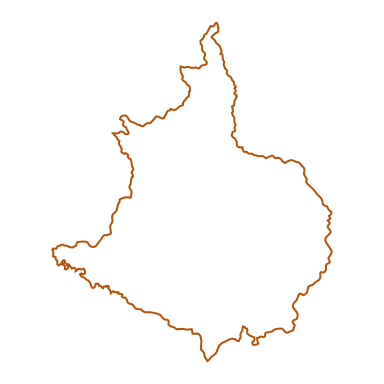 outline of Presidente Olegário, Minas Gerais, Brazil
{"feature_id": "56859067B97776867728690", "entity_name": "Presidente Olegário", "entity_type": "district", "adm_level": 2, "iso_a3": "BRA", "parent_name": "Brazil", "parent_adm1": "Minas Gerais", "projection": "albers", "projection_center": [-46.371, -18.162], "detail": "fine", "context": "isolated", "style": "outline", "palette": "amber", "viewbox_px": 384, "rotation_deg": 0, "n_neighbors": 0, "source": "geoboundaries", "source_scale": "gbopen_adm2", "svg_char_len": 5957}
<svg xmlns="http://www.w3.org/2000/svg" viewBox="0 0 384 384"><path d="M210.6,26.0L206.5,33.6L204.2,35.0L204.1,36.3L202.6,39.0L200.4,41.0L200.7,44.1L201.7,45.1L202.2,46.6L201.9,48.3L202.6,51.1L204.6,52.7L205.1,54.1L204.9,55.7L204.1,57.5L204.2,59.0L206.7,62.1L206.7,63.9L205.2,64.7L201.2,65.8L199.4,68.3L197.4,68.2L196.3,67.5L191.8,68.0L189.2,67.1L186.4,66.9L185.2,67.5L184.0,67.4L180.7,66.5L180.4,68.0L180.7,72.4L181.9,73.8L181.9,75.2L183.0,76.4L182.2,78.9L183.1,80.5L185.5,82.2L187.2,84.8L189.1,85.7L189.9,87.7L189.9,91.3L189.0,91.9L189.2,93.3L188.6,96.5L186.2,98.1L185.9,99.4L184.2,100.8L182.9,103.3L183.0,105.0L179.6,106.4L175.6,109.8L173.1,109.9L170.6,108.9L170.1,110.3L168.8,110.5L167.4,111.3L165.3,115.6L164.3,116.8L163.9,118.2L162.7,118.6L157.5,116.5L155.8,116.6L154.4,118.9L151.0,122.3L149.5,123.3L148.0,123.1L146.4,123.6L143.5,126.1L141.5,126.1L139.9,125.2L136.9,124.4L135.7,123.4L129.9,121.1L127.0,116.5L125.6,115.5L122.5,115.7L121.2,116.6L120.3,118.1L120.1,119.3L123.3,120.9L123.8,122.3L122.9,124.5L123.4,125.8L126.3,127.5L126.6,129.2L128.7,132.7L128.2,133.9L126.7,134.3L125.2,134.0L123.3,132.2L121.7,131.5L120.1,131.8L119.0,132.8L117.8,133.3L113.0,133.3L116.4,137.1L118.2,140.2L119.4,140.8L118.9,143.5L119.4,145.1L120.4,145.9L120.7,147.2L121.8,148.8L121.3,150.8L121.8,152.7L124.4,153.8L125.2,153.1L126.4,153.5L128.2,155.3L127.9,157.0L128.7,158.4L130.3,158.8L131.2,160.7L132.1,166.6L133.0,167.8L133.2,169.3L133.0,170.4L132.1,171.3L131.6,172.7L132.5,174.3L133.1,176.5L131.9,177.0L130.7,182.0L130.7,183.8L129.4,186.7L129.5,188.0L131.2,190.4L131.6,191.8L130.8,197.5L125.7,197.3L121.8,198.4L119.5,199.7L119.7,201.0L119.5,202.1L118.2,203.7L116.7,210.0L115.9,211.5L113.1,214.1L112.4,215.5L112.1,217.0L112.5,221.8L110.3,225.5L110.3,228.2L111.0,232.8L110.5,233.8L107.5,235.1L104.6,235.1L103.2,235.9L101.5,238.7L97.0,244.5L95.9,245.9L94.7,246.7L92.5,247.0L90.9,246.5L89.6,245.5L87.2,242.2L85.8,241.7L83.5,241.5L77.5,242.0L76.6,243.3L76.2,245.5L72.6,247.5L69.0,247.1L68.2,246.2L66.9,245.7L65.5,245.8L62.2,244.6L61.0,244.9L59.9,245.9L58.5,245.9L57.4,246.4L56.9,247.8L56.1,248.6L53.0,248.6L52.3,249.7L53.3,251.1L53.1,256.5L55.4,256.9L55.9,259.4L57.2,260.8L57.4,264.4L58.6,265.5L61.4,263.2L62.8,260.6L64.1,260.2L65.2,261.6L64.9,262.8L63.4,263.4L62.3,264.5L64.5,265.3L64.9,266.4L64.8,269.2L65.9,269.3L67.2,268.8L68.1,268.0L68.3,266.1L67.1,265.5L66.9,264.0L68.6,264.3L72.0,268.6L73.6,267.6L75.0,268.2L75.9,269.1L75.6,271.1L77.0,270.3L78.0,269.0L79.6,268.9L81.0,269.4L83.6,268.7L85.0,271.2L85.0,273.0L83.8,274.1L82.5,274.3L81.4,273.4L80.0,274.1L80.5,275.5L81.6,276.5L84.7,278.0L87.0,280.1L88.2,280.4L89.9,282.4L91.6,287.0L92.7,287.9L94.2,287.5L95.1,286.3L95.7,284.0L97.4,283.5L98.8,284.3L98.8,285.6L101.2,286.3L101.9,287.5L103.1,288.2L103.8,286.6L105.0,286.3L106.3,286.9L106.7,285.9L108.2,286.0L108.8,287.0L108.3,288.5L109.9,290.0L110.9,293.2L111.9,291.9L113.5,291.2L114.5,292.2L118.4,292.3L118.3,293.7L121.3,293.9L122.5,294.7L121.8,296.3L122.8,297.4L125.7,297.8L126.6,299.3L127.6,302.4L128.7,303.3L132.7,304.6L135.4,308.4L137.8,309.1L140.8,309.3L143.1,311.3L144.8,312.2L150.6,312.3L156.3,313.4L160.1,314.8L162.7,318.0L163.9,319.0L165.0,319.6L167.5,319.8L168.3,320.7L168.7,321.9L168.5,324.4L169.4,325.5L170.6,326.3L174.2,327.4L176.7,329.3L182.1,328.9L187.0,329.6L191.7,329.2L192.6,333.7L198.1,333.7L199.2,334.4L200.4,335.9L201.4,340.9L200.9,349.5L203.0,351.5L204.0,352.9L204.7,356.5L207.3,361.0L208.8,360.0L211.3,357.0L215.4,353.9L217.0,351.3L217.2,350.1L219.5,345.2L222.1,343.0L230.4,339.0L232.1,338.7L235.0,339.3L237.2,340.9L238.7,341.2L240.6,337.2L240.4,334.1L242.3,330.3L242.9,326.5L244.7,327.1L245.6,328.2L246.9,328.6L247.5,330.0L247.1,331.9L247.4,333.8L249.8,335.6L254.3,337.4L254.6,339.3L254.0,340.9L252.7,341.7L252.2,343.0L252.9,344.7L254.6,344.9L257.7,344.2L258.4,343.0L257.5,341.7L257.1,337.9L259.3,337.4L260.5,336.5L263.5,337.2L265.0,336.2L265.2,333.5L266.1,332.6L271.6,331.6L275.3,329.2L278.3,328.7L282.2,328.6L285.6,332.3L287.4,332.7L293.3,330.1L293.4,328.6L294.8,325.2L292.6,322.5L292.9,321.0L293.8,320.1L296.2,319.2L297.0,318.4L297.7,315.6L297.3,313.0L293.7,308.2L292.9,306.7L293.0,304.9L293.5,303.6L296.7,299.9L298.9,294.4L300.0,293.7L301.5,293.9L302.7,295.0L304.1,294.9L305.2,294.2L307.0,292.4L308.3,286.9L309.3,285.9L312.6,284.9L314.7,282.8L319.1,279.8L320.1,278.1L320.4,276.0L320.2,273.3L320.8,272.2L324.2,272.4L325.9,270.0L326.0,265.4L326.6,264.3L329.7,262.5L329.7,261.1L328.5,258.9L328.5,257.7L330.6,254.8L331.7,252.0L331.5,250.6L326.4,242.7L325.2,240.1L325.7,237.8L330.5,232.6L330.5,231.1L327.6,226.9L328.1,225.3L329.6,223.7L329.4,222.2L327.7,220.4L329.7,219.2L330.3,218.1L329.4,217.0L329.0,215.9L330.4,215.0L331.3,213.7L331.4,212.0L328.8,209.9L327.1,206.5L323.3,204.9L321.7,199.4L320.8,197.8L317.6,194.8L313.9,189.9L306.8,183.2L306.2,181.6L306.8,179.2L303.9,174.1L304.4,169.8L304.2,168.4L299.2,162.7L296.1,161.9L293.7,160.6L290.7,160.1L287.6,161.4L285.4,162.8L284.3,162.7L282.3,161.2L281.0,159.0L278.5,157.7L275.7,158.2L274.3,157.7L273.7,156.5L272.7,155.8L271.2,155.8L266.1,158.2L262.5,155.9L258.7,156.2L255.4,155.2L253.9,155.2L252.8,154.1L251.5,153.6L248.7,153.6L246.8,152.0L245.0,152.0L243.7,151.4L242.3,148.8L242.6,147.5L238.3,147.1L237.4,146.4L236.9,145.4L236.7,142.0L235.7,139.8L234.9,138.4L233.1,137.4L231.7,135.4L232.5,132.2L235.2,130.8L234.5,127.5L235.6,124.8L234.5,122.5L234.3,117.7L232.6,114.9L231.9,113.0L233.1,111.5L232.5,109.7L232.9,108.1L231.9,107.1L232.3,106.1L234.0,105.4L234.6,100.2L235.8,99.0L235.9,97.3L236.9,96.3L236.3,95.0L234.6,94.1L234.5,92.7L235.4,91.9L235.8,90.6L234.4,88.3L235.9,87.0L234.2,84.7L233.8,82.1L232.1,80.2L231.6,78.4L230.9,77.3L227.4,74.7L226.8,73.1L227.1,70.7L226.3,69.5L225.0,68.5L223.7,64.5L224.2,61.9L222.8,59.2L222.5,55.2L222.0,54.0L220.5,53.9L221.3,52.3L221.5,51.1L220.0,46.8L219.3,45.6L216.2,42.9L214.8,40.3L211.6,37.3L212.4,35.9L215.8,33.0L217.7,32.1L218.3,30.9L218.5,28.5L217.5,24.1L216.8,23.0L215.5,23.2L214.0,25.8L212.4,26.6L210.6,26.0Z" fill="none" stroke="#b45309" stroke-width="2"/></svg>